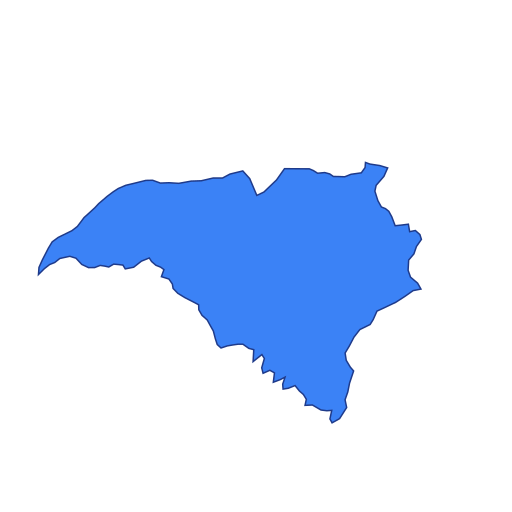 Nova América, Goiás, Brazil, rotated 39°
{"feature_id": "56859067B62572535980819", "entity_name": "Nova América", "entity_type": "district", "adm_level": 2, "iso_a3": "BRA", "parent_name": "Brazil", "parent_adm1": "Goiás", "projection": "equal_earth", "projection_center": [-49.939, -15.045], "detail": "fine", "context": "isolated", "style": "filled", "palette": "blue", "viewbox_px": 512, "rotation_deg": 39, "n_neighbors": 0, "source": "geoboundaries", "source_scale": "gbopen_adm2", "svg_char_len": 2102}
<svg xmlns="http://www.w3.org/2000/svg" viewBox="0 0 512 512"><g transform="rotate(39 256 256)"><path d="M98.6,407.3L99.5,399.0L101.0,392.5L103.7,387.7L105.1,381.4L108.2,377.5L111.5,373.4L117.5,371.0L125.9,372.2L133.2,370.4L137.9,366.5L140.8,361.4L144.7,359.1L148.5,357.2L150.5,351.9L154.5,349.2L158.3,346.8L162.5,348.3L168.0,341.7L170.2,332.1L174.3,324.7L178.3,326.0L184.0,326.2L188.9,324.7L193.0,324.5L195.5,331.6L202.8,328.7L208.6,330.4L212.0,333.4L218.8,334.2L227.0,333.1L235.5,331.3L242.1,330.0L245.4,333.8L251.4,336.1L258.3,336.4L265.4,339.3L270.0,341.1L276.5,345.9L281.6,349.2L286.7,349.5L290.3,343.9L293.8,339.9L297.5,335.9L301.3,332.8L308.6,332.3L313.2,330.2L320.2,339.9L322.6,328.9L327.0,330.4L330.8,339.3L335.3,342.7L338.7,336.1L343.9,335.2L348.9,343.2L352.6,336.9L354.8,331.9L357.4,338.8L360.8,342.4L364.3,338.5L367.9,332.1L374.7,333.6L380.0,333.8L385.3,335.7L388.1,341.2L393.6,336.3L403.4,334.8L408.4,331.7L412.0,328.3L416.0,336.1L420.1,337.8L423.3,329.8L421.8,316.7L415.7,311.7L412.9,303.9L408.7,295.9L404.2,283.9L399.2,283.0L391.8,280.3L386.3,275.3L385.2,267.4L383.2,257.4L383.0,247.8L387.8,237.4L387.1,231.7L384.7,222.7L388.1,215.8L393.8,203.9L397.1,193.8L399.9,184.0L405.0,177.9L398.7,175.4L389.4,175.2L383.2,171.4L377.2,163.1L377.4,155.0L374.7,147.6L374.1,139.0L369.9,136.2L363.8,135.9L360.1,140.4L354.4,135.4L349.5,140.5L345.1,144.9L336.9,140.1L331.1,137.7L326.8,137.7L322.6,139.0L315.9,136.3L307.6,130.8L304.9,125.5L305.3,113.6L302.9,104.7L295.3,107.8L286.6,112.9L282.2,114.4L285.1,118.6L285.5,125.1L278.4,132.7L275.1,138.6L269.9,142.5L266.1,145.5L261.7,145.8L256.9,147.9L251.8,152.9L246.8,153.5L242.6,154.7L238.1,158.3L223.2,170.2L224.1,184.0L221.9,201.3L218.5,208.4L202.4,199.8L192.2,198.2L184.2,208.7L180.9,216.5L173.6,222.4L166.1,232.0L158.5,238.6L155.4,242.2L150.3,248.1L142.3,253.8L135.8,259.5L128.0,262.2L122.8,266.6L114.7,277.3L110.3,283.0L106.5,290.2L104.6,296.1L102.8,303.3L100.8,314.2L100.4,319.9L99.3,327.4L98.2,334.3L98.6,345.4L97.0,352.2L90.6,366.0L88.7,373.3L89.7,380.5L92.4,393.4L94.5,401.4L98.6,407.3Z" fill="#3b82f6" stroke="#1e3a8a" stroke-width="1.5"/></g></svg>